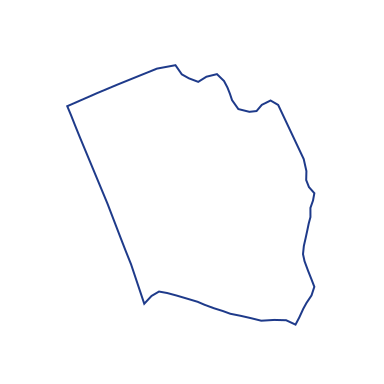 Sangão, Santa Catarina, Brazil (Natural Earth projection), rotated 285°
{"feature_id": "56859067B58015021495227", "entity_name": "Sangão", "entity_type": "district", "adm_level": 2, "iso_a3": "BRA", "parent_name": "Brazil", "parent_adm1": "Santa Catarina", "projection": "natural_earth1", "projection_center": [-49.129, -28.647], "detail": "fine", "context": "isolated", "style": "outline", "palette": "blue", "viewbox_px": 384, "rotation_deg": 285, "n_neighbors": 0, "source": "geoboundaries", "source_scale": "gbopen_adm2", "svg_char_len": 933}
<svg xmlns="http://www.w3.org/2000/svg" viewBox="0 0 384 384"><g transform="rotate(285 192 192)"><path d="M90.7,326.3L98.6,328.1L108.0,329.7L114.5,331.3L123.0,334.2L132.1,334.7L138.3,330.2L146.1,324.4L154.3,318.6L160.7,315.3L168.9,314.0L176.7,313.7L184.9,313.3L191.9,312.9L198.4,312.9L207.3,310.5L215.1,311.1L222.5,310.5L227.0,303.7L233.1,299.2L241.8,297.1L252.7,291.4L298.4,252.7L300.7,244.2L294.3,236.9L286.9,233.4L284.3,226.7L284.1,215.3L291.1,206.9L296.7,203.2L302.1,199.2L307.5,194.2L312.3,185.6L307.1,176.1L300.0,169.5L301.0,159.6L303.0,151.7L310.2,143.2L302.1,126.2L276.3,92.0L263.0,74.8L242.6,49.3L234.7,55.4L226.2,61.7L216.0,69.4L158.7,113.5L130.9,133.7L118.6,142.7L106.3,151.9L71.7,174.8L81.1,179.8L87.3,185.9L88.0,194.2L88.0,203.7L87.7,215.6L87.4,225.9L86.3,233.4L85.4,243.2L85.0,252.7L84.3,260.5L85.0,271.1L85.4,281.6L85.6,292.2L89.7,304.5L92.5,316.1L90.7,326.3Z" fill="none" stroke="#1e3a8a" stroke-width="2"/></g></svg>